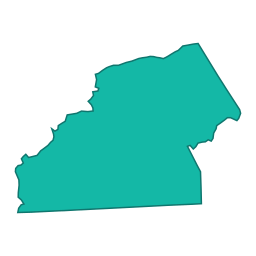 Cumaru, Pernambuco, Brazil
{"feature_id": "56859067B93375243581372", "entity_name": "Cumaru", "entity_type": "district", "adm_level": 2, "iso_a3": "BRA", "parent_name": "Brazil", "parent_adm1": "Pernambuco", "projection": "orthographic", "projection_center": [-35.732, -8.029], "detail": "fine", "context": "isolated", "style": "filled", "palette": "teal", "viewbox_px": 256, "rotation_deg": 0, "n_neighbors": 0, "source": "geoboundaries", "source_scale": "gbopen_adm2", "svg_char_len": 1395}
<svg xmlns="http://www.w3.org/2000/svg" viewBox="0 0 256 256"><path d="M201.4,203.7L201.0,187.0L200.5,171.7L197.1,165.3L187.4,146.3L190.1,145.4L193.3,149.0L195.8,146.7L198.0,143.1L202.2,142.1L205.4,141.8L208.2,139.8L211.2,141.1L213.0,138.4L213.7,133.0L216.1,128.8L216.7,125.6L219.8,123.5L224.3,120.2L227.4,117.7L230.6,117.7L236.9,120.6L238.7,118.4L240.6,113.3L239.6,109.6L226.5,89.4L222.6,83.2L220.6,80.1L218.1,76.2L198.1,43.5L193.2,44.1L188.0,45.1L182.8,46.0L178.3,50.4L175.2,51.8L170.9,54.4L168.4,56.0L165.9,57.4L163.3,58.6L159.9,57.8L156.8,57.4L153.6,56.6L150.2,56.4L146.8,57.2L142.4,57.8L138.8,58.5L131.9,61.1L126.2,62.5L118.5,65.3L113.4,65.3L109.1,66.7L106.5,67.8L102.5,70.4L98.5,73.4L95.4,74.3L96.6,79.6L95.3,86.9L98.8,88.3L97.9,91.0L92.8,91.8L93.5,95.5L90.8,99.1L88.2,101.3L91.4,104.8L92.9,107.9L93.1,111.0L87.9,111.6L81.5,111.1L76.8,113.3L71.5,114.2L67.2,114.9L65.2,121.3L61.5,123.5L58.3,125.6L57.9,129.4L54.9,131.1L51.8,128.8L53.5,133.9L53.9,136.8L53.0,140.3L50.6,142.3L48.0,145.4L43.5,148.8L40.7,150.8L37.1,155.4L31.9,156.7L28.6,157.5L25.8,154.3L23.3,156.5L21.4,158.8L23.3,163.0L20.9,165.1L18.1,165.6L15.7,168.4L15.4,171.7L18.9,179.9L19.1,185.2L18.3,192.7L18.2,197.2L21.4,200.0L23.9,204.0L21.2,204.8L18.7,208.2L17.8,212.5L31.7,212.1L60.5,210.7L64.0,210.6L78.7,209.8L81.5,209.7L134.2,207.0L169.0,205.2L192.1,204.2L201.4,203.7Z" fill="#14b8a6" stroke="#0f766e" stroke-width="1.5"/></svg>